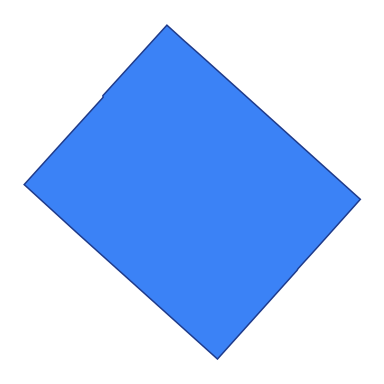 the district of Stephens, Oklahoma, United States of America, rotated 42°
{"feature_id": "52423323B61502128532198", "entity_name": "Stephens", "entity_type": "district", "adm_level": 2, "iso_a3": "USA", "parent_name": "United States of America", "parent_adm1": "Oklahoma", "projection": "orthographic", "projection_center": [-97.869, 34.485], "detail": "fine", "context": "isolated", "style": "filled", "palette": "blue", "viewbox_px": 384, "rotation_deg": 42, "n_neighbors": 0, "source": "geoboundaries", "source_scale": "gbopen_adm2", "svg_char_len": 382}
<svg xmlns="http://www.w3.org/2000/svg" viewBox="0 0 384 384"><g transform="rotate(42 192 192)"><path d="M61.3,180.0L62.6,181.2L62.4,243.3L62.3,298.8L133.2,299.3L322.7,299.1L322.6,227.9L322.5,180.0L322.1,177.9L322.2,148.2L322.0,86.7L322.0,84.8L274.5,84.8L175.9,84.7L108.8,84.7L93.0,84.8L85.4,84.9L61.7,84.8L61.3,180.0Z" fill="#3b82f6" stroke="#1e3a8a" stroke-width="1.5"/></g></svg>